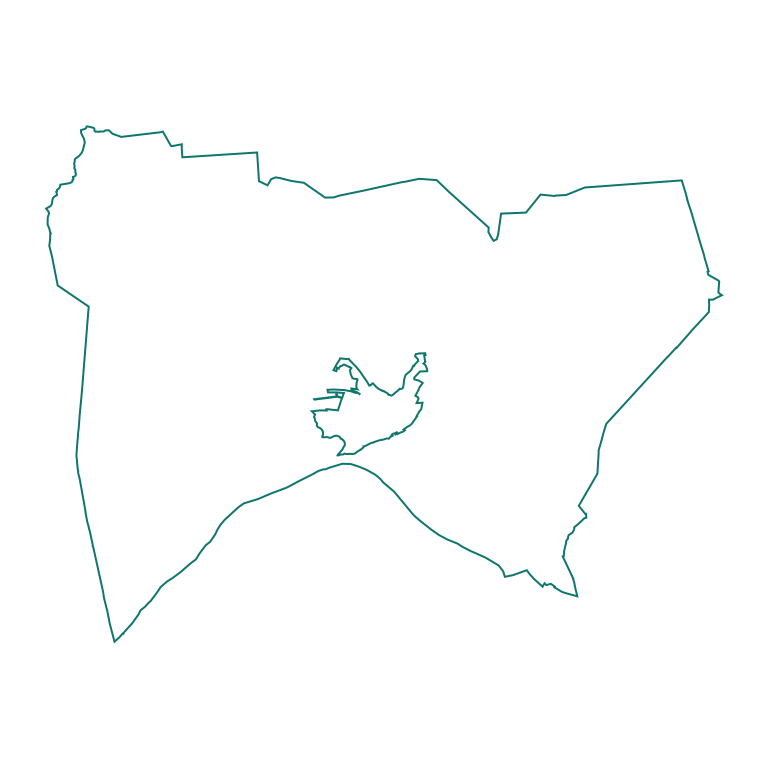 Kokneses pag., Kokneses, Latvia
{"feature_id": "27541924B28822994626214", "entity_name": "Kokneses pag.", "entity_type": "district", "adm_level": 2, "iso_a3": "LVA", "parent_name": "Latvia", "parent_adm1": "Kokneses", "projection": "albers", "projection_center": [25.417, 56.656], "detail": "fine", "context": "isolated", "style": "outline", "palette": "teal", "viewbox_px": 768, "rotation_deg": 0, "n_neighbors": 0, "source": "geoboundaries", "source_scale": "gbopen_adm2", "svg_char_len": 6033}
<svg xmlns="http://www.w3.org/2000/svg" viewBox="0 0 768 768"><path d="M681.7,180.4L584.8,187.5L566.1,195.0L555.5,195.6L554.8,196.0L540.5,194.6L526.0,212.6L501.1,213.6L498.2,234.1L498.3,234.2L498.1,234.6L496.7,239.3L493.6,240.8L491.3,237.4L488.4,232.1L488.7,227.6L449.2,192.1L436.7,180.1L419.1,178.8L404.8,181.8L403.1,181.9L363.2,190.7L339.0,195.7L333.8,197.4L325.1,197.6L303.9,182.8L291.1,180.9L279.7,178.0L275.6,177.4L271.1,179.2L267.5,185.3L259.0,181.2L257.1,152.5L182.4,157.3L181.8,149.5L181.8,144.3L171.7,146.2L171.0,145.9L162.8,131.6L160.9,132.2L121.3,136.9L112.3,133.7L109.6,130.8L108.6,130.3L105.3,130.4L104.2,131.3L103.1,131.5L100.3,131.5L98.5,131.9L97.3,131.5L95.6,131.7L94.5,130.9L94.4,128.9L94.1,128.3L93.2,127.7L87.0,126.3L86.5,126.6L85.9,128.4L85.2,128.8L81.0,130.1L81.1,132.5L81.4,133.6L84.0,138.9L84.7,141.9L84.7,143.5L84.1,145.0L82.9,150.1L82.0,152.2L81.2,153.5L78.8,156.2L75.4,158.6L74.8,159.7L74.7,161.5L74.1,163.6L74.3,164.5L74.3,165.1L74.7,166.2L74.2,168.0L75.4,170.0L75.3,171.8L75.7,173.4L75.9,174.4L75.6,175.6L74.3,176.6L73.0,176.9L73.0,177.6L73.4,178.7L73.4,179.3L72.6,179.8L72.4,180.3L72.6,180.8L71.8,182.1L69.5,183.2L60.3,184.7L60.0,186.7L59.1,188.4L57.1,189.8L57.0,191.0L56.7,191.7L56.3,191.8L57.1,195.0L54.3,196.7L53.0,198.1L52.3,200.4L52.1,203.1L51.1,205.4L50.0,206.4L46.1,208.6L48.3,211.3L49.1,213.3L48.0,216.5L47.7,218.1L47.6,224.6L49.2,228.2L50.1,232.1L50.8,233.6L50.2,233.9L50.1,239.4L49.3,245.8L52.1,256.9L57.7,285.5L88.7,306.6L81.8,392.7L79.7,414.9L78.7,428.4L78.1,432.8L77.9,436.9L77.4,441.6L76.5,454.1L76.5,456.2L77.7,468.9L78.2,471.4L78.1,472.6L79.8,479.5L85.6,511.9L85.4,512.1L87.4,522.5L88.2,525.0L89.4,530.3L89.5,529.8L92.8,545.2L92.7,546.4L93.2,546.9L103.2,592.4L104.0,598.0L106.8,609.2L107.0,609.5L108.5,617.4L108.8,618.2L109.6,623.1L114.5,641.7L119.1,637.6L122.9,633.4L123.3,633.7L124.4,631.9L132.1,623.4L138.6,614.3L140.5,610.3L145.1,606.7L148.0,603.4L151.0,600.6L158.3,590.7L160.5,587.2L167.2,581.4L172.9,577.8L180.3,572.3L190.4,563.5L195.9,559.4L199.8,553.1L205.8,545.2L210.1,541.8L215.2,534.4L217.4,529.7L220.3,525.0L224.6,519.9L238.1,507.5L243.8,503.4L258.1,499.0L270.7,493.6L286.7,487.6L300.5,480.3L312.4,474.4L318.3,471.0L323.4,469.3L325.6,469.3L329.0,467.8L342.3,463.8L350.7,464.0L358.8,466.6L366.1,469.6L374.6,474.3L378.1,476.9L380.7,479.4L383.3,482.5L394.3,491.8L412.3,513.6L415.0,516.4L419.6,520.4L431.9,530.1L438.6,534.8L447.3,539.5L457.5,543.6L462.6,546.9L470.6,551.0L485.3,557.5L498.7,565.5L503.1,571.2L504.9,576.8L513.1,575.1L526.7,570.2L529.8,574.3L534.4,579.3L542.6,586.7L543.2,585.4L544.6,583.3L546.3,585.1L550.8,583.8L554.8,586.6L554.2,587.2L554.4,587.4L561.7,591.7L564.5,592.8L577.3,596.3L575.1,587.2L574.1,582.0L573.1,578.9L573.3,578.7L562.7,556.4L563.8,556.1L564.1,551.2L566.0,543.1L566.2,540.9L567.9,538.6L568.1,537.4L568.0,537.1L568.7,535.1L572.6,532.5L574.0,529.6L574.3,528.7L574.2,527.3L578.4,523.9L584.5,518.1L586.3,517.7L586.1,514.5L585.9,514.7L578.8,505.8L597.4,473.7L598.6,453.7L598.7,450.1L601.5,440.5L603.6,432.4L605.9,424.9L606.5,423.6L667.4,357.0L667.5,357.1L676.4,347.5L676.7,347.8L692.4,329.8L708.8,312.1L709.2,305.4L709.0,301.6L709.0,299.6L712.7,299.7L721.9,295.2L720.0,294.0L718.4,292.4L719.2,281.5L718.7,280.7L708.3,274.8L707.5,271.8L708.6,271.3L704.5,257.5L704.0,255.0L700.5,243.7L691.4,212.5L687.1,199.4L687.3,199.4L685.5,192.5L681.7,180.4ZM414.1,378.0L414.4,379.4L418.9,380.6L422.7,382.9L422.6,383.3L419.8,386.8L418.3,390.3L415.4,395.8L417.7,397.1L418.6,398.6L416.6,403.1L422.5,402.7L421.2,409.2L419.4,411.3L416.6,416.2L417.0,416.4L412.0,423.5L410.3,425.2L406.9,427.1L403.6,429.5L404.8,430.4L402.9,431.7L399.3,433.0L397.7,434.0L396.8,432.3L395.7,432.9L396.7,434.0L395.4,434.5L394.6,433.3L392.6,433.9L391.6,435.2L392.5,435.8L390.3,436.9L388.9,438.7L386.7,438.4L383.7,439.5L379.4,440.3L373.9,442.1L373.6,442.5L371.3,442.9L364.2,446.5L363.6,446.4L363.7,446.8L363.3,447.5L362.0,448.5L361.2,449.5L360.4,449.5L360.2,450.0L357.8,451.3L354.8,453.6L352.0,454.1L350.5,453.7L349.3,454.0L346.3,454.0L344.5,453.6L343.3,454.4L340.7,454.6L338.0,455.5L337.6,455.4L338.1,454.3L339.9,452.6L341.1,450.8L342.1,450.0L343.1,447.9L344.7,445.4L344.9,443.8L344.4,441.7L343.0,439.9L342.6,439.9L342.1,439.1L341.5,439.1L340.4,438.3L340.3,437.5L340.0,437.2L338.7,436.4L336.8,435.7L334.2,436.0L331.8,437.3L329.9,437.9L327.3,437.1L323.0,437.3L322.2,436.9L322.4,436.0L323.0,434.8L323.0,432.6L322.9,431.5L321.5,429.2L320.1,428.1L317.8,427.1L317.2,426.3L316.8,425.4L317.1,424.1L317.0,423.4L315.2,421.0L314.6,417.9L314.0,417.0L315.1,414.5L311.8,411.3L319.9,410.4L326.6,410.5L326.2,409.4L327.6,409.2L337.9,410.4L341.9,398.1L337.5,396.7L314.5,399.6L314.2,399.2L337.2,396.4L337.2,396.1L336.8,394.9L336.2,394.5L336.3,393.9L336.8,394.0L336.7,394.4L337.6,396.3L342.2,397.8L343.9,393.0L336.6,392.4L328.0,392.4L327.5,389.8L333.9,389.5L344.3,390.1L350.9,391.3L356.0,393.0L356.3,392.4L357.1,392.5L359.5,394.1L359.6,393.9L357.1,392.3L352.8,390.6L351.4,390.3L351.4,388.5L357.3,389.3L356.6,388.4L356.4,387.0L356.4,384.2L356.7,382.3L357.5,379.7L357.1,379.0L353.6,378.7L352.2,377.8L350.7,374.0L349.9,370.2L351.4,368.1L349.9,367.0L349.7,367.2L344.3,364.6L343.0,364.9L342.3,365.7L340.1,366.3L338.8,368.2L338.7,368.6L337.1,367.7L336.4,371.1L333.5,370.2L336.5,364.5L340.0,359.0L340.1,358.4L348.4,359.2L348.8,358.9L349.7,360.2L356.3,367.0L359.9,371.4L367.0,381.7L369.1,385.4L369.8,385.1L370.0,385.5L370.6,385.3L372.3,383.5L372.9,383.3L376.4,387.1L378.5,388.8L381.5,390.5L381.7,390.3L383.4,390.9L383.3,391.2L384.7,391.6L384.9,391.9L387.7,393.4L388.0,394.1L389.3,394.8L389.2,394.9L391.4,395.6L392.7,395.0L394.5,393.3L397.3,391.1L399.0,389.6L399.4,388.9L401.6,388.9L402.7,388.2L403.3,386.5L404.2,379.4L405.1,376.3L405.8,374.8L410.5,370.8L411.3,369.8L413.3,365.7L414.0,366.0L414.8,364.5L418.2,361.0L418.0,360.7L418.1,359.7L417.8,359.1L415.1,356.1L415.7,354.2L419.9,353.3L420.1,353.5L425.2,353.2L425.5,355.1L424.2,355.3L425.1,361.7L425.9,361.0L424.1,363.2L423.5,363.5L425.0,364.7L425.6,365.5L427.1,369.3L427.2,371.2L420.0,371.5L414.8,377.0L414.1,378.0Z" fill="none" stroke="#0f766e" stroke-width="2"/></svg>